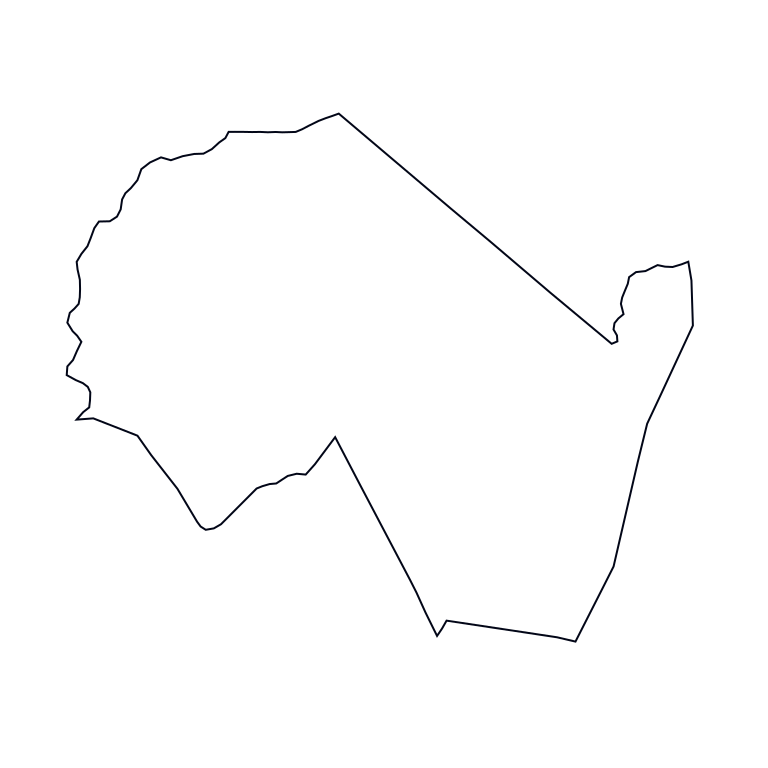 Apuiarés, Ceará, Brazil, rotated 175°
{"feature_id": "56859067B73937581953991", "entity_name": "Apuiarés", "entity_type": "district", "adm_level": 2, "iso_a3": "BRA", "parent_name": "Brazil", "parent_adm1": "Ceará", "projection": "orthographic", "projection_center": [-39.3, -3.96], "detail": "fine", "context": "isolated", "style": "outline", "palette": "ink", "viewbox_px": 768, "rotation_deg": 175, "n_neighbors": 0, "source": "geoboundaries", "source_scale": "gbopen_adm2", "svg_char_len": 1612}
<svg xmlns="http://www.w3.org/2000/svg" viewBox="0 0 768 768"><g transform="rotate(175 384 384)"><path d="M659.0,564.5L663.5,554.9L667.4,547.1L674.1,540.0L679.5,532.5L679.3,524.8L677.9,514.3L678.5,505.1L679.5,496.9L681.2,490.4L685.8,486.1L690.8,482.3L694.1,472.7L689.5,463.6L685.5,458.9L681.8,452.4L687.1,443.5L691.7,435.0L697.9,429.1L699.3,420.5L690.6,414.7L683.9,411.1L679.3,406.9L677.3,401.3L678.3,393.3L679.7,386.4L686.1,382.2L693.3,375.3L676.6,375.1L634.1,354.0L622.1,333.4L598.9,297.6L582.2,263.1L579.1,258.0L574.3,254.3L566.1,255.0L558.6,258.5L520.0,291.0L514.1,292.8L506.6,294.3L500.0,294.3L493.9,297.6L487.9,300.8L478.8,302.2L469.9,300.6L459.8,310.1L437.3,335.3L416.6,285.5L375.1,186.5L369.8,173.3L362.6,152.8L353.1,128.4L347.5,135.3L342.3,142.8L233.7,116.6L215.7,110.7L182.3,164.3L171.2,182.2L137.9,284.5L125.3,321.5L109.1,349.4L71.2,415.3L68.7,460.3L70.2,479.3L77.1,477.3L86.3,475.4L93.8,476.4L101.1,478.6L106.8,476.4L113.7,473.7L123.2,473.5L130.5,469.1L132.4,462.6L136.0,455.7L139.2,449.4L141.0,443.2L139.3,432.7L144.8,428.9L149.1,424.5L150.6,418.3L147.7,412.1L147.8,406.1L153.7,404.2L210.2,460.3L265.5,516.4L302.2,553.0L405.5,657.3L413.1,655.3L418.9,653.9L426.2,651.8L436.5,647.8L443.4,644.9L450.0,642.8L456.9,643.2L463.4,643.6L470.0,644.5L477.8,644.9L485.3,645.9L493.5,646.5L502.0,647.4L510.5,648.2L516.8,648.7L520.6,642.8L527.1,639.0L535.0,633.0L543.8,629.2L553.0,629.7L564.7,628.5L576.8,625.5L586.4,629.2L597.8,625.1L607.0,619.2L611.9,608.5L619.0,601.3L625.0,596.6L628.8,590.7L631.1,580.9L635.4,574.0L643.0,570.0L653.8,570.7L659.0,564.5Z" fill="none" stroke="#020617" stroke-width="2"/></g></svg>